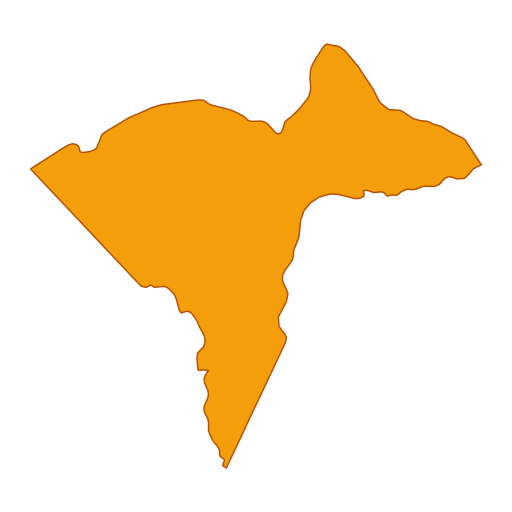 an SVG outline of Sangha-Mbaéré
{"feature_id": "CAF-802", "entity_name": "Sangha-Mbaéré", "entity_type": "Economic Prefecture", "adm_level": 1, "iso_a3": "CAF", "parent_name": "Central African Republic", "parent_adm1": "", "projection": "mercator", "projection_center": [16.411, 3.248], "detail": "fine", "context": "isolated", "style": "filled", "palette": "amber", "viewbox_px": 512, "rotation_deg": 0, "n_neighbors": 0, "source": "natural_earth", "source_scale": "10m", "svg_char_len": 2995}
<svg xmlns="http://www.w3.org/2000/svg" viewBox="0 0 512 512"><path d="M481.3,164.7L473.2,168.9L469.0,174.1L464.5,178.3L456.9,178.9L451.5,177.0L448.8,176.8L445.8,177.9L442.9,180.3L441.2,182.5L439.3,184.4L435.8,186.0L432.8,186.5L424.4,186.2L421.5,187.0L415.9,189.2L413.0,189.7L407.4,189.3L405.5,189.7L402.0,191.4L400.5,192.4L398.2,194.4L396.4,195.2L395.2,195.3L392.3,194.9L390.7,195.2L387.9,196.1L386.2,195.1L384.7,193.3L382.4,192.0L380.4,191.9L374.6,192.5L372.6,192.2L368.8,190.8L366.8,190.3L363.8,190.6L363.5,192.3L364.1,194.5L363.7,196.3L359.5,198.4L355.1,198.6L337.9,194.3L333.7,194.0L328.8,194.3L319.0,197.2L310.5,202.8L304.0,210.6L300.7,220.0L298.8,237.5L293.6,250.7L293.4,255.9L292.2,260.4L285.0,270.4L282.6,275.2L282.5,280.4L284.1,284.8L286.3,289.1L287.9,293.8L286.5,301.3L278.4,316.9L279.0,326.2L281.6,330.1L284.6,333.5L286.4,337.3L285.5,342.3L279.5,355.1L274.7,365.3L271.8,371.5L262.9,390.4L253.3,410.6L246.6,424.9L237.1,445.2L226.3,468.0L225.5,467.4L222.8,465.8L223.1,463.8L224.3,461.1L224.2,459.4L223.5,458.7L220.6,456.8L219.9,455.8L219.6,451.6L219.3,449.7L218.5,447.8L217.0,445.6L213.1,441.1L210.5,435.9L208.8,431.6L208.5,429.9L208.5,422.1L207.6,418.2L204.9,413.3L204.1,410.6L204.3,405.9L207.5,398.8L208.5,394.7L207.9,390.5L204.6,383.2L204.1,378.9L204.8,376.5L206.4,373.4L208.3,370.6L205.9,370.1L203.2,369.9L200.4,370.3L198.3,370.2L197.6,368.4L197.7,365.5L196.9,358.4L197.7,352.8L203.3,347.2L205.1,342.2L204.5,336.7L202.4,332.0L199.8,327.6L196.8,320.6L192.3,314.2L190.6,312.4L188.5,311.5L186.4,311.4L184.2,311.9L181.4,312.9L180.5,312.0L179.8,311.0L179.2,309.9L176.4,299.3L174.7,295.2L171.2,290.9L167.2,287.5L163.8,286.3L154.8,287.3L154.0,287.0L151.7,285.5L150.4,285.3L149.4,285.7L147.0,287.0L146.1,287.3L143.5,286.9L141.9,286.4L140.3,285.4L124.6,268.7L104.9,247.9L84.2,225.9L62.5,202.8L44.8,184.1L30.7,169.1L31.8,168.1L64.7,147.0L68.9,144.8L71.8,143.9L73.8,143.9L75.6,144.3L77.0,145.0L78.1,145.7L78.7,146.6L80.1,151.6L81.8,152.4L84.6,152.4L90.5,151.3L93.6,150.2L95.8,148.7L97.0,147.1L101.9,134.8L105.4,131.9L129.0,117.7L153.2,107.2L161.6,104.7L195.8,100.2L200.1,100.0L203.0,100.2L204.7,100.8L206.2,101.9L207.7,103.2L209.4,104.2L211.2,105.0L229.2,109.5L234.0,111.3L242.9,115.8L245.1,117.4L246.5,119.0L247.9,120.2L250.0,121.1L252.7,121.4L260.5,121.1L263.3,121.5L265.8,122.7L268.2,124.5L275.6,132.7L277.7,133.8L279.2,133.6L280.7,132.8L281.7,131.4L282.6,129.7L284.6,122.6L285.6,121.2L286.8,120.1L291.5,116.5L299.6,108.6L307.7,98.4L309.3,94.9L310.0,92.5L310.6,89.7L310.7,87.1L310.0,78.1L310.4,71.7L311.0,68.5L312.2,65.2L314.6,60.5L322.9,47.5L325.4,44.9L327.2,44.0L331.8,45.2L337.8,46.2L339.6,46.9L344.6,50.4L359.1,67.6L359.6,68.5L360.0,69.5L373.1,89.1L378.9,100.7L379.9,102.2L380.7,103.2L388.2,109.1L389.7,109.7L397.9,110.1L400.1,110.5L401.6,110.9L412.4,118.1L413.4,118.6L420.1,120.6L426.6,121.2L427.8,121.5L429.0,121.9L433.7,124.3L440.4,126.1L443.0,127.4L451.1,132.5L461.9,137.6L463.8,138.9L465.1,139.9L481.2,164.6L481.3,164.7Z" fill="#f59e0b" stroke="#b45309" stroke-width="1.5"/></svg>